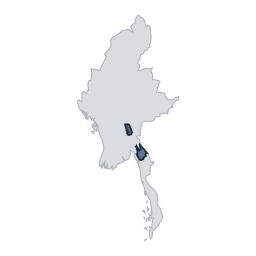 location of Hpa-An, Kayin, Myanmar
{"feature_id": "60261553B96608852730046", "entity_name": "Hpa-An", "entity_type": "district", "adm_level": 2, "iso_a3": "MMR", "parent_name": "Myanmar", "parent_adm1": "Kayin", "projection": "albers", "projection_center": [97.347, 18.013], "detail": "fine", "context": "in_parent", "style": "filled", "palette": "slate", "viewbox_px": 256, "rotation_deg": 0, "n_neighbors": 0, "source": "geoboundaries", "source_scale": "gbopen_adm2", "svg_char_len": 8136}
<svg xmlns="http://www.w3.org/2000/svg" viewBox="0 0 256 256"><path d="M167.4,113.9L164.8,112.7L162.8,113.9L159.8,113.5L160.2,116.1L158.5,116.9L155.5,116.7L153.7,120.7L147.5,121.8L143.4,121.0L141.2,124.6L141.0,128.6L139.9,131.0L140.4,135.2L137.7,136.3L136.1,136.0L137.0,137.9L139.1,138.8L140.3,143.1L139.9,144.8L148.5,154.7L151.1,162.5L153.1,161.5L153.8,162.2L152.9,164.3L150.3,165.9L150.0,174.2L145.7,176.2L145.8,179.0L146.4,181.0L150.2,186.5L154.5,190.2L157.0,194.2L157.5,200.0L156.9,202.5L158.1,206.0L160.3,208.3L162.9,217.5L157.9,225.8L152.7,231.2L152.1,236.8L150.5,238.7L149.7,236.9L149.2,231.0L151.7,227.2L152.5,219.9L154.1,218.4L153.2,217.7L151.2,218.2L151.9,212.3L150.7,212.1L151.7,210.8L150.4,201.0L146.4,194.1L145.9,191.1L145.3,195.1L144.8,194.3L144.7,188.9L142.4,182.9L142.6,182.4L143.7,182.9L142.7,181.6L141.9,181.9L141.3,180.4L140.0,168.1L138.6,166.4L139.1,161.0L140.2,159.7L136.1,160.2L134.2,155.8L134.1,153.3L130.0,149.6L130.7,150.7L130.0,152.0L130.7,154.1L129.0,158.0L127.3,159.7L125.1,160.4L123.4,159.3L123.0,157.3L122.3,157.2L123.9,161.2L117.3,164.5L116.3,166.8L112.9,169.8L111.9,169.4L112.4,165.3L110.4,168.6L107.7,168.6L107.1,164.2L106.0,166.7L104.4,167.5L105.0,160.2L104.5,162.3L101.9,165.2L99.3,166.1L100.0,160.0L103.5,150.5L103.8,147.3L102.1,139.6L99.2,133.1L100.1,133.0L98.1,131.1L97.9,126.3L96.7,128.0L96.5,131.0L94.0,129.4L91.6,125.2L92.6,124.8L95.4,126.9L97.0,125.8L97.4,124.5L93.1,120.3L94.2,118.7L92.8,118.7L89.0,116.6L87.9,117.0L88.4,118.7L87.6,119.2L86.2,116.5L87.3,115.3L86.4,115.2L87.0,112.9L86.7,112.5L84.8,115.6L83.8,114.8L85.0,113.3L84.6,112.4L83.0,110.5L83.1,113.8L79.3,108.5L77.2,101.5L79.0,99.8L82.0,101.9L81.9,93.3L83.2,91.5L86.3,93.1L87.3,91.0L88.5,90.4L87.8,84.5L88.8,80.7L90.9,80.1L91.5,77.1L91.8,72.9L90.9,68.3L92.8,69.4L94.9,69.1L99.8,70.7L101.8,65.4L106.5,56.7L104.8,54.6L105.1,53.4L109.3,48.9L111.4,44.8L110.5,41.1L111.4,38.1L115.1,36.2L123.1,30.3L129.0,29.4L131.5,31.8L133.1,32.0L130.6,26.4L135.7,22.2L135.5,18.9L137.9,15.4L139.2,15.5L140.4,17.2L141.7,17.2L144.0,19.7L146.2,26.8L147.9,25.5L150.0,26.5L151.1,37.0L150.5,43.1L149.2,44.5L150.2,47.0L148.1,47.9L146.7,50.4L144.6,50.6L143.1,53.9L141.0,54.4L139.9,57.1L140.1,59.0L138.4,60.2L137.8,63.6L139.3,65.0L139.8,66.8L138.2,70.6L139.6,70.8L145.4,68.2L149.6,68.7L152.4,68.0L150.6,70.6L152.4,74.0L152.8,79.3L159.0,80.7L160.0,82.0L158.7,83.6L156.6,92.1L164.8,93.2L165.1,96.5L166.9,97.6L167.1,99.4L168.3,100.0L172.7,99.8L175.2,97.6L178.6,96.5L178.8,98.4L178.1,99.8L174.4,101.7L172.0,105.7L171.8,106.5L173.0,107.2L168.8,108.9L167.4,113.9ZM94.2,123.0L96.8,124.6L96.3,125.8L94.6,125.8L93.4,123.7L94.2,123.0ZM147.3,206.8L149.0,209.3L147.3,211.0L147.3,206.8ZM93.7,133.6L92.3,132.6L91.4,131.3L94.4,131.4L93.7,133.6ZM149.8,217.4L149.9,220.6L148.8,220.3L148.1,217.6L149.8,217.4ZM103.3,166.1L101.5,168.2L101.2,166.4L103.7,163.9L103.3,166.1ZM138.4,163.5L137.3,162.9L137.2,161.0L138.1,160.5L138.7,161.4L138.4,163.5ZM146.3,221.3L146.0,220.3L147.2,217.7L147.0,219.9L146.3,221.3ZM145.6,227.4L147.2,229.8L146.9,230.2L145.5,228.4L144.6,228.5L145.6,227.4ZM150.9,215.5L149.3,216.2L149.1,214.0L150.9,215.5ZM147.2,238.5L145.1,240.6L145.4,239.5L147.2,238.5ZM85.7,116.9L86.4,119.5L85.2,116.4L85.7,116.9ZM147.3,201.7L147.2,203.7L146.7,200.5L147.3,201.7ZM91.7,118.9L91.9,120.5L90.8,118.1L91.7,118.9ZM145.2,213.2L144.0,212.2L144.4,211.5L145.0,211.7L145.2,213.2ZM144.4,210.3L143.6,211.7L142.8,210.9L143.4,210.3L144.4,210.3ZM144.6,218.3L144.6,219.4L143.7,216.7L144.6,218.3ZM106.1,168.6L105.2,168.5L106.3,167.2L106.5,167.7L106.1,168.6ZM150.1,227.6L149.4,227.3L149.9,226.0L150.1,227.6Z" fill="#d9dde1" stroke="#a8b0b8" stroke-width="1"/><path d="M146.4,153.5L146.9,153.3L146.9,153.2L147.0,153.2L146.9,153.1L146.8,152.9L146.7,153.0L146.7,152.7L146.8,152.7L146.7,152.5L146.5,152.4L146.4,152.3L146.4,152.1L146.2,152.0L146.2,151.9L146.2,151.7L145.8,151.6L145.7,151.4L145.3,151.2L145.2,151.0L145.0,150.9L144.9,150.9L144.9,150.7L144.7,150.5L144.6,150.4L144.6,150.1L144.7,149.9L144.4,149.6L144.1,149.4L143.9,149.2L144.0,149.1L143.7,148.9L143.3,148.3L143.0,148.3L142.9,148.0L142.5,147.9L142.4,147.7L142.2,147.3L141.6,146.8L141.3,146.4L141.0,146.2L140.9,146.1L140.6,145.6L140.6,145.4L140.6,145.1L140.4,145.1L140.3,144.8L140.1,144.7L139.9,144.5L139.6,144.2L139.5,144.5L139.6,144.8L139.8,145.1L139.7,145.3L140.0,146.0L139.9,146.4L140.0,146.6L140.0,147.3L140.4,148.0L140.4,148.3L140.6,148.5L140.5,149.1L140.6,149.5L140.2,149.7L139.8,149.7L139.6,149.7L139.4,150.3L139.3,150.5L139.2,150.4L139.2,150.2L139.0,149.9L138.9,149.8L138.6,149.0L138.4,148.9L138.4,149.0L138.2,149.0L137.9,149.2L137.9,148.9L137.6,148.8L137.6,148.7L137.7,148.4L137.6,148.5L137.5,148.2L137.4,148.1L137.6,147.9L137.3,147.6L137.5,147.3L137.5,147.2L137.1,146.9L137.1,146.7L136.8,146.4L136.6,146.2L136.5,145.9L136.4,146.2L136.1,146.2L136.0,146.7L135.9,146.7L136.1,146.9L136.1,147.0L136.1,147.3L136.3,147.4L136.4,147.7L136.8,147.9L136.8,148.1L136.8,148.5L136.7,148.7L136.7,148.9L136.9,149.1L136.8,149.4L137.0,149.6L136.9,149.7L137.2,149.9L137.2,150.0L137.3,150.1L137.2,150.2L137.3,150.3L137.5,150.4L137.5,150.5L137.4,150.6L137.5,150.7L137.6,150.8L137.6,151.0L137.3,151.1L137.3,151.3L137.5,151.4L137.5,151.5L137.5,151.8L137.6,152.0L137.5,151.9L137.4,152.2L137.5,152.2L137.5,152.3L137.6,152.5L137.6,152.8L137.7,153.0L137.4,153.1L137.4,153.3L137.3,153.5L137.2,153.5L137.2,153.4L137.2,153.6L137.3,153.6L137.4,153.8L137.3,154.0L137.3,153.9L137.2,153.9L137.2,154.1L136.9,154.1L137.1,154.2L136.9,154.2L136.9,154.3L137.1,154.3L137.0,154.5L136.8,154.5L137.0,154.7L136.9,154.7L137.0,154.9L137.2,155.0L137.3,155.1L137.3,155.3L137.2,155.4L137.3,155.6L137.3,155.8L137.2,155.9L137.3,156.0L137.4,155.9L137.3,156.1L137.4,156.3L137.8,156.5L137.6,156.6L137.7,156.9L138.0,157.0L138.1,156.9L138.3,157.1L138.2,157.2L138.2,157.4L138.3,157.9L138.9,158.7L139.0,158.6L139.2,158.8L139.2,159.0L139.4,159.1L139.4,159.4L139.7,159.3L139.9,159.3L139.9,159.6L140.0,159.6L140.5,159.8L140.6,160.1L140.9,160.3L141.0,160.3L141.6,160.0L141.4,159.8L141.5,159.6L141.8,159.3L142.4,159.0L142.5,159.0L142.6,159.3L142.8,159.4L143.0,159.5L143.5,159.2L143.4,159.0L143.3,158.7L143.4,158.4L143.4,158.1L143.5,158.1L143.7,157.8L144.0,157.7L144.0,157.4L144.1,157.0L144.2,156.8L144.3,156.8L144.5,156.7L144.9,156.6L145.1,156.6L145.6,156.5L145.7,156.3L145.7,156.2L145.8,156.2L145.7,155.9L145.8,155.4L145.6,155.1L145.6,154.8L145.4,154.8L145.3,154.3L145.3,154.0L145.5,153.9L145.5,153.7L146.1,153.5L146.1,153.4L146.4,153.5ZM130.8,134.4L131.1,134.4L131.0,134.1L131.3,133.9L131.3,133.6L131.5,133.2L131.8,133.2L132.1,132.8L132.1,132.5L132.3,132.3L132.1,132.0L132.1,131.8L131.9,131.7L131.7,131.6L131.8,131.4L131.8,131.2L131.4,130.8L131.4,130.6L131.3,130.3L131.1,130.2L131.3,129.9L131.1,129.6L131.2,129.3L131.2,129.2L130.9,129.0L131.0,128.9L130.8,128.6L130.7,128.3L130.1,128.0L130.0,127.8L130.0,127.7L129.9,127.3L130.0,127.2L129.8,127.2L129.7,127.1L129.8,126.9L129.7,126.7L129.8,126.6L129.8,126.2L129.7,125.6L129.5,125.2L129.3,125.2L129.1,125.0L129.1,124.9L128.7,124.7L128.2,124.7L128.3,124.4L128.2,124.4L128.0,124.0L127.8,124.1L127.7,124.3L127.6,124.8L127.4,124.9L127.1,124.6L126.9,124.5L126.9,124.4L126.7,124.5L126.6,124.4L126.4,124.4L126.1,124.2L125.7,124.3L125.4,124.3L124.9,124.3L125.1,124.7L125.4,124.7L125.3,125.0L125.1,125.0L125.2,125.5L125.4,125.5L125.5,125.7L125.5,125.8L125.6,126.0L125.5,126.5L126.0,127.6L126.1,127.8L126.3,127.8L126.7,128.0L126.4,128.2L126.0,128.4L126.0,128.5L126.3,128.8L126.2,128.9L126.2,129.0L126.5,129.4L126.9,129.7L126.7,129.9L126.9,129.9L126.9,130.2L126.8,130.4L127.0,130.4L127.0,130.5L127.0,130.9L127.2,130.7L127.3,130.9L127.5,131.0L127.5,130.9L127.9,130.8L128.1,131.1L127.9,131.2L127.9,131.3L127.9,131.1L127.7,131.2L127.8,131.3L127.6,131.3L127.5,131.2L127.3,131.2L127.2,131.4L127.2,131.6L127.3,131.8L127.2,131.9L127.3,132.1L127.5,132.2L127.5,132.4L127.8,132.5L127.5,132.7L127.2,132.7L126.9,132.7L127.0,133.4L127.1,133.5L127.3,133.7L127.5,133.9L127.8,134.4L127.9,134.5L128.0,134.6L128.1,134.9L128.1,135.0L128.4,135.0L128.4,134.8L128.7,134.6L128.9,134.7L129.3,135.0L129.4,134.9L129.7,135.0L129.9,134.8L130.0,134.8L130.2,134.6L130.5,134.6L130.8,134.4ZM139.8,159.7L140.1,159.7L139.8,159.7Z" fill="#64748b" stroke="#1e293b" stroke-width="1.5"/></svg>